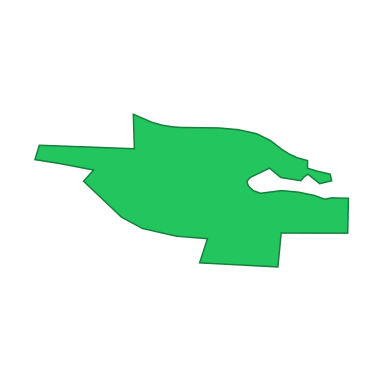 an SVG outline of Nicas, rotated 99°
{"feature_id": "LVA-5717", "entity_name": "Nicas", "entity_type": "Municipality", "adm_level": 1, "iso_a3": "LVA", "parent_name": "Latvia", "parent_adm1": "", "projection": "albers", "projection_center": [21.055, 56.332], "detail": "fine", "context": "isolated", "style": "filled", "palette": "green", "viewbox_px": 384, "rotation_deg": 99, "n_neighbors": 0, "source": "natural_earth", "source_scale": "10m", "svg_char_len": 752}
<svg xmlns="http://www.w3.org/2000/svg" viewBox="0 0 384 384"><g transform="rotate(99 192 192)"><path d="M124.4,262.1L129.3,243.2L130.7,232.2L130.7,221.9L130.0,213.2L124.5,175.3L123.2,156.0L124.3,137.6L128.8,122.8L136.0,109.7L139.2,102.2L141.7,93.5L142.9,82.8L150.4,81.6L151.8,72.1L152.8,58.3L159.1,55.8L163.8,67.2L156.3,80.3L160.0,84.0L163.8,86.3L163.8,100.1L163.8,106.6L156.3,119.2L168.5,136.7L172.9,139.5L177.4,137.2L181.1,131.6L182.5,124.0L176.6,103.8L175.5,86.7L176.3,70.3L178.4,60.0L176.0,53.4L173.7,36.5L208.3,31.8L218.6,97.5L252.6,95.4L260.8,173.4L235.7,169.4L238.1,200.2L235.8,235.1L227.9,257.7L198.3,300.8L185.7,292.6L184.6,327.5L184.6,352.2L169.7,350.1L158.3,255.7L124.4,262.1Z" fill="#22c55e" stroke="#15803d" stroke-width="1.5"/></g></svg>